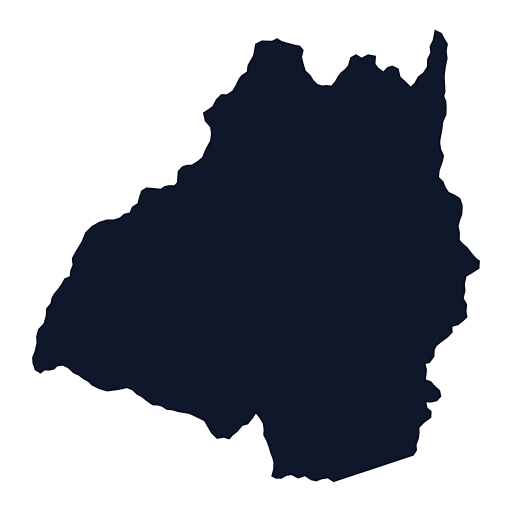 outline of Anitápolis, Santa Catarina, Brazil
{"feature_id": "56859067B93916704191286", "entity_name": "Anitápolis", "entity_type": "district", "adm_level": 2, "iso_a3": "BRA", "parent_name": "Brazil", "parent_adm1": "Santa Catarina", "projection": "albers", "projection_center": [-49.138, -27.872], "detail": "fine", "context": "isolated", "style": "filled", "palette": "ink", "viewbox_px": 512, "rotation_deg": 0, "n_neighbors": 0, "source": "geoboundaries", "source_scale": "gbopen_adm2", "svg_char_len": 3165}
<svg xmlns="http://www.w3.org/2000/svg" viewBox="0 0 512 512"><path d="M444.5,86.4L444.0,79.2L444.1,74.2L445.3,65.8L446.8,58.3L445.9,51.1L447.1,44.1L444.1,39.1L441.1,33.6L435.3,30.7L433.5,40.2L430.4,46.5L431.1,52.8L427.9,59.3L427.6,67.0L423.6,73.2L418.5,77.1L415.0,83.4L410.7,87.6L405.5,82.4L399.8,77.1L398.0,69.2L392.4,66.4L388.0,67.6L383.5,72.4L377.8,68.2L374.7,64.0L375.2,56.4L368.1,55.1L361.6,58.5L356.0,55.1L350.9,57.9L348.7,65.8L345.3,69.8L341.4,72.8L338.6,76.3L335.6,81.8L331.8,86.3L326.6,85.8L322.2,86.3L317.0,84.7L313.1,80.8L309.8,75.5L305.0,71.0L302.9,63.9L301.2,56.9L302.9,50.4L299.6,46.4L294.5,45.4L290.4,44.3L286.2,43.2L281.3,41.7L277.1,39.0L272.3,41.5L266.5,41.4L262.1,41.2L255.9,44.3L254.7,51.2L253.7,56.1L250.9,60.8L248.2,65.8L247.5,72.1L241.9,75.8L239.1,79.5L236.5,85.2L232.9,91.2L226.9,95.1L221.5,94.9L216.7,99.6L213.1,106.6L209.0,109.6L203.8,113.0L205.5,120.8L210.8,126.8L211.8,133.5L210.8,141.0L206.3,149.1L202.8,157.6L197.5,162.0L191.9,165.4L187.1,165.6L182.6,167.0L178.5,171.4L178.0,177.5L177.7,182.7L174.5,186.1L169.2,185.9L164.6,186.9L161.1,189.5L154.9,188.9L146.7,188.2L141.9,191.1L139.8,197.1L138.2,203.7L132.6,207.3L130.2,213.1L124.3,214.5L120.3,218.1L114.1,220.2L107.3,220.2L99.7,222.4L92.2,226.6L85.8,233.0L82.3,241.8L78.6,247.8L75.4,253.2L72.6,258.5L73.3,265.3L71.0,270.6L70.4,276.8L65.0,279.0L62.1,284.2L58.4,289.5L54.4,294.2L52.1,298.6L51.2,303.6L46.8,308.8L46.5,315.8L44.3,323.7L38.7,329.7L36.9,336.7L37.3,342.7L35.5,351.0L32.9,357.6L33.2,363.0L35.5,369.7L40.6,372.7L44.3,369.6L48.9,369.9L53.8,368.8L56.9,365.7L62.6,364.8L68.4,367.5L73.7,372.5L78.8,374.8L83.9,378.7L88.5,381.1L92.0,384.7L99.4,388.4L107.3,390.7L114.1,389.8L119.6,389.0L126.8,387.3L132.5,389.5L137.1,393.9L142.0,396.5L146.9,400.4L152.8,404.6L157.5,404.7L162.1,405.9L166.7,409.0L172.3,409.6L178.6,411.4L184.9,412.4L189.7,413.3L194.6,415.6L199.5,417.9L204.7,420.5L208.0,426.3L211.5,432.4L217.2,438.1L223.7,436.9L229.1,438.6L232.3,434.9L237.1,431.1L242.0,425.2L247.5,423.7L252.6,417.4L255.8,412.2L260.2,417.7L263.5,423.4L264.4,429.5L264.0,434.9L267.2,440.9L269.4,447.1L271.3,453.5L273.0,457.8L274.2,462.5L273.9,469.5L272.1,475.9L276.0,477.9L281.5,477.9L285.8,475.3L291.5,474.2L298.2,477.7L305.1,475.4L311.2,479.5L316.2,480.6L321.8,478.5L328.0,477.6L333.6,481.3L413.2,454.9L416.2,450.2L415.8,444.7L418.1,438.4L418.8,433.1L418.6,427.6L423.9,422.1L430.6,417.2L430.8,411.5L426.9,408.3L425.3,401.5L430.8,401.8L436.6,400.5L440.5,396.3L439.4,390.8L434.6,386.5L430.6,381.9L425.1,380.1L425.7,375.1L426.2,369.7L424.6,363.2L429.3,362.4L433.7,356.2L434.0,349.6L436.2,345.4L441.0,341.5L447.1,337.1L451.9,332.1L451.5,326.3L458.0,324.4L463.1,320.3L466.7,316.9L465.7,311.9L466.4,304.5L462.9,298.5L464.7,290.7L464.1,284.4L465.7,276.1L471.7,272.6L478.7,268.2L479.1,261.1L475.5,258.5L470.0,251.9L466.8,247.7L462.5,244.1L459.0,240.1L459.1,232.3L457.8,226.2L459.4,219.9L461.5,214.5L462.0,205.8L459.7,198.7L453.9,195.1L448.3,192.6L444.9,187.4L442.8,181.9L438.2,177.4L438.9,170.4L441.9,162.0L443.3,156.0L440.3,149.1L439.4,141.8L440.4,135.9L441.7,129.2L442.6,121.5L445.7,114.5L445.9,107.3L445.6,101.5L443.4,96.1L444.7,91.6L444.5,86.4Z" fill="#0f172a" stroke="#020617" stroke-width="1.5"/></svg>